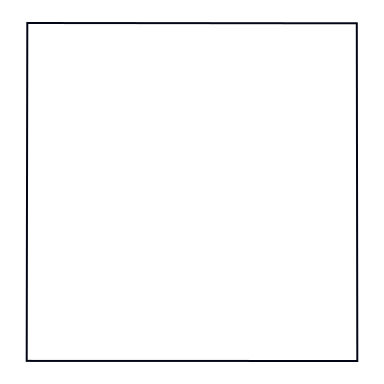 Hansford, Texas, United States of America (Albers equal-area conic projection)
{"feature_id": "52423323B90257338049784", "entity_name": "Hansford", "entity_type": "district", "adm_level": 2, "iso_a3": "USA", "parent_name": "United States of America", "parent_adm1": "Texas", "projection": "albers", "projection_center": [-101.355, 36.277], "detail": "fine", "context": "isolated", "style": "outline", "palette": "ink", "viewbox_px": 384, "rotation_deg": 0, "n_neighbors": 0, "source": "geoboundaries", "source_scale": "gbopen_adm2", "svg_char_len": 193}
<svg xmlns="http://www.w3.org/2000/svg" viewBox="0 0 384 384"><path d="M27.3,23.0L26.7,360.9L357.3,361.0L357.3,359.2L356.8,23.3L27.3,23.0Z" fill="none" stroke="#020617" stroke-width="2"/></svg>